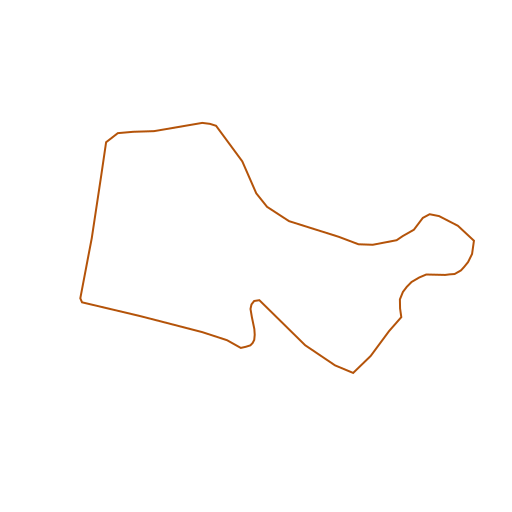 the district of San Francisco La Unión, Quezaltenango, Guatemala, rotated 210°
{"feature_id": "79465075B13739271835933", "entity_name": "San Francisco La Unión", "entity_type": "district", "adm_level": 2, "iso_a3": "GTM", "parent_name": "Guatemala", "parent_adm1": "Quezaltenango", "projection": "mercator", "projection_center": [-91.556, 14.925], "detail": "fine", "context": "isolated", "style": "outline", "palette": "amber", "viewbox_px": 512, "rotation_deg": 210, "n_neighbors": 0, "source": "geoboundaries", "source_scale": "gbopen_adm2", "svg_char_len": 922}
<svg xmlns="http://www.w3.org/2000/svg" viewBox="0 0 512 512"><g transform="rotate(210 256 256)"><path d="M99.6,275.7L105.0,282.6L109.7,290.4L110.8,298.4L110.0,304.7L108.3,311.3L103.9,319.0L99.3,325.1L82.7,334.2L79.0,337.0L75.0,339.7L71.3,346.0L70.3,350.5L69.3,356.8L69.9,365.8L74.9,378.2L96.2,383.1L117.4,382.1L126.5,379.0L130.6,372.4L132.4,357.7L138.8,346.8L142.1,340.0L160.5,324.1L173.1,317.4L193.9,314.0L244.8,302.7L271.0,304.1L287.1,310.4L315.2,331.1L355.7,348.8L362.0,347.4L369.1,344.4L406.8,313.1L424.4,302.2L437.1,293.3L442.7,279.6L430.2,248.1L407.1,189.2L401.1,171.9L396.7,159.3L387.0,131.5L383.5,128.9L325.7,146.2L264.5,163.2L238.9,168.6L223.2,168.8L219.4,172.3L216.2,175.8L215.4,179.0L215.6,182.5L217.7,187.1L220.9,191.9L229.1,201.1L234.3,207.4L235.7,211.8L235.1,216.1L231.0,219.4L168.8,203.3L132.9,200.8L113.4,203.3L106.7,226.8L103.2,257.6L99.6,275.7Z" fill="none" stroke="#b45309" stroke-width="2"/></g></svg>